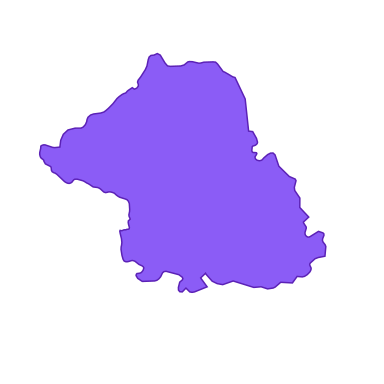 SVG path tracing the border of Salamanca, rotated 54°
{"feature_id": "ESP-5841", "entity_name": "Salamanca", "entity_type": "Autonomous Community", "adm_level": 1, "iso_a3": "ESP", "parent_name": "Spain", "parent_adm1": "", "projection": "albers", "projection_center": [-6.114, 40.774], "detail": "fine", "context": "isolated", "style": "filled", "palette": "violet", "viewbox_px": 384, "rotation_deg": 54, "n_neighbors": 0, "source": "natural_earth", "source_scale": "10m", "svg_char_len": 3384}
<svg xmlns="http://www.w3.org/2000/svg" viewBox="0 0 384 384"><g transform="rotate(54 192 192)"><path d="M66.0,287.3L66.1,285.7L66.7,284.2L67.6,283.1L74.0,278.5L75.3,277.1L78.0,272.5L73.0,267.8L69.7,262.2L68.9,255.9L71.6,249.1L75.1,244.2L75.5,241.9L74.8,238.6L73.2,235.9L71.6,234.2L70.4,232.2L70.1,228.8L71.0,225.8L74.4,219.6L75.5,216.3L75.5,213.9L75.2,210.5L74.1,204.0L72.3,197.7L72.0,194.9L72.0,191.2L72.3,189.3L72.7,188.2L72.9,187.2L72.4,185.1L72.3,183.8L72.5,179.0L74.9,178.2L75.5,175.8L74.8,173.2L73.2,172.1L71.1,171.5L69.9,169.9L68.7,165.8L65.6,157.9L63.6,154.4L59.1,149.5L57.6,147.3L57.4,144.9L58.9,142.3L59.6,138.7L62.6,137.2L71.6,138.0L75.6,137.7L77.6,135.7L83.4,127.1L84.6,123.6L84.3,118.9L84.9,117.5L86.8,115.1L91.9,110.7L92.8,109.1L93.9,106.2L99.1,98.5L100.8,96.6L103.4,96.1L112.9,96.0L114.2,95.1L122.7,91.4L124.7,89.9L148.0,94.3L176.0,110.4L178.8,107.4L186.5,108.3L190.2,109.7L191.0,110.6L191.4,111.8L191.4,113.4L190.6,115.9L190.7,116.6L193.6,119.2L194.8,119.7L195.9,119.4L197.6,117.3L198.2,116.8L199.1,117.0L199.7,118.1L200.2,119.4L200.7,120.5L202.5,121.2L204.5,120.7L206.3,119.2L207.2,117.1L207.1,115.9L206.6,113.6L206.2,108.8L206.7,105.6L208.1,103.5L210.8,103.0L222.2,106.6L236.6,104.2L242.2,100.9L244.0,101.2L248.4,106.5L251.2,108.0L260.3,108.3L267.9,113.9L280.9,112.3L281.8,119.5L282.5,119.9L287.5,120.2L288.5,120.9L291.2,124.4L292.4,125.2L293.7,125.6L295.3,125.4L296.5,124.8L297.2,123.9L297.5,122.6L298.2,112.8L302.0,110.1L303.3,109.9L304.6,110.7L306.6,113.8L307.8,114.9L309.5,115.4L313.0,115.3L314.8,115.8L322.1,122.2L319.2,128.4L318.3,131.7L319.0,138.0L319.4,139.0L320.3,139.7L323.4,140.3L324.3,140.9L325.3,142.2L326.0,143.8L326.6,147.3L326.4,150.5L325.5,152.7L322.1,156.6L324.6,164.2L317.2,173.3L317.8,180.6L317.4,182.8L314.8,187.8L309.3,191.8L305.5,198.1L288.2,211.0L285.0,221.6L280.9,225.5L276.0,228.1L266.6,229.0L265.7,228.8L266.6,235.5L277.6,235.5L274.3,248.7L273.2,250.9L271.6,252.5L266.2,253.4L267.1,258.6L265.5,260.5L263.4,260.6L261.2,259.1L257.7,254.9L257.4,251.3L256.6,250.2L255.1,250.0L251.2,251.2L240.9,259.6L239.9,261.6L240.1,263.4L242.1,267.1L242.8,269.8L242.8,272.3L242.0,274.5L235.1,284.8L230.0,286.7L226.8,286.4L225.9,285.5L225.6,284.5L226.9,282.1L227.3,280.8L227.1,279.2L226.6,277.6L225.1,275.6L223.8,275.4L222.4,275.8L219.4,277.5L214.4,278.9L213.4,279.6L212.4,280.4L211.8,281.6L211.4,282.9L210.9,284.3L210.2,285.7L209.2,286.8L207.9,287.5L205.9,287.3L202.1,285.9L196.8,283.2L194.8,281.6L193.5,280.1L191.6,278.4L188.3,276.5L183.2,274.4L181.2,273.4L180.8,272.7L181.7,272.0L182.2,271.2L182.5,269.7L182.8,269.0L183.4,268.2L183.8,267.4L183.9,266.6L184.8,265.2L184.8,264.4L183.9,263.5L180.9,262.4L179.1,261.5L177.9,260.4L177.8,259.2L177.6,257.9L174.7,257.2L173.4,256.5L171.0,253.9L169.5,252.7L164.5,249.5L162.0,248.9L160.1,249.1L158.7,249.9L153.7,253.6L151.9,254.4L150.0,255.0L147.4,255.5L145.9,256.4L144.6,257.4L143.5,258.5L142.8,259.7L142.3,261.1L141.6,262.4L140.1,263.4L135.7,264.3L134.2,264.9L132.9,265.7L129.8,269.0L124.3,271.0L123.2,271.7L120.2,272.9L119.0,273.5L114.4,277.1L113.5,278.2L112.7,279.5L112.7,280.8L113.5,283.5L113.4,284.8L113.0,286.1L112.1,287.2L110.8,288.1L108.7,289.0L98.4,290.9L96.4,291.6L95.1,292.5L93.4,293.2L91.9,293.0L89.1,291.4L87.9,291.6L83.1,294.1L80.3,293.8L79.2,293.3L77.8,293.5L76.3,294.1L74.8,294.1L73.4,293.7L71.9,293.0L70.5,291.9L67.8,288.8L66.0,287.3Z" fill="#8b5cf6" stroke="#5b21b6" stroke-width="1.5"/></g></svg>